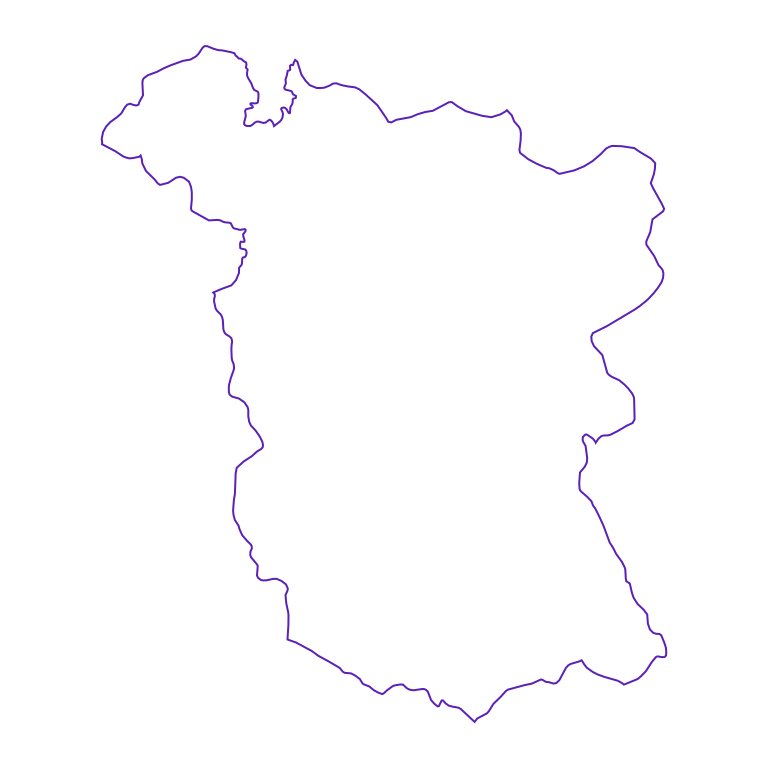 outline of Hoang Su Phi, Hà Giang, Vietnam
{"feature_id": "81297802B55460345655510", "entity_name": "Hoang Su Phi", "entity_type": "district", "adm_level": 2, "iso_a3": "VNM", "parent_name": "Vietnam", "parent_adm1": "Hà Giang", "projection": "mercator", "projection_center": [104.663, 22.693], "detail": "fine", "context": "isolated", "style": "outline", "palette": "violet", "viewbox_px": 768, "rotation_deg": 0, "n_neighbors": 0, "source": "geoboundaries", "source_scale": "gbopen_adm2", "svg_char_len": 6053}
<svg xmlns="http://www.w3.org/2000/svg" viewBox="0 0 768 768"><path d="M609.6,542.3L603.7,526.3L599.6,517.2L595.3,508.6L593.1,505.6L591.4,501.2L587.0,496.6L581.6,492.0L580.2,490.5L579.6,489.0L579.2,483.5L580.0,472.4L584.8,466.7L586.8,462.6L587.2,458.2L585.6,446.0L583.1,441.6L582.6,439.6L582.9,436.9L585.4,434.5L587.1,434.7L592.9,438.6L595.4,441.8L595.7,442.7L598.3,438.9L601.4,436.1L603.6,435.5L608.0,435.4L610.9,434.5L617.6,431.1L626.6,425.8L632.6,423.0L634.6,419.3L634.1,398.7L633.6,396.5L632.0,393.3L628.0,388.2L624.5,384.6L619.0,380.1L611.9,376.9L609.0,374.9L607.3,373.0L602.3,355.0L594.0,346.2L591.7,341.2L591.3,336.5L592.9,333.1L607.1,326.0L634.6,309.6L640.1,305.8L647.8,299.5L653.6,293.3L657.8,288.0L661.6,282.1L663.1,277.7L663.4,273.3L662.7,270.3L661.5,268.4L658.5,265.1L654.3,256.2L646.4,244.7L646.2,241.7L650.2,232.2L652.5,219.3L663.1,211.3L664.1,208.8L661.9,204.0L653.1,188.2L650.8,183.2L653.8,174.5L654.9,168.8L655.2,163.1L650.9,158.5L640.1,152.1L634.3,148.1L621.5,146.2L612.3,145.9L609.8,146.6L606.2,148.5L600.3,154.5L592.4,161.2L584.1,166.3L574.3,170.4L559.7,173.8L558.0,173.3L553.6,170.2L549.4,168.3L546.1,167.8L537.2,164.0L528.4,159.3L520.1,152.9L519.4,150.1L520.6,140.7L520.9,133.8L520.4,129.9L519.0,127.0L514.2,121.4L511.8,115.4L506.9,110.2L505.6,111.4L500.4,114.4L491.4,117.2L482.1,115.8L465.9,111.2L457.7,106.4L451.8,102.1L449.0,102.2L432.8,110.8L425.3,112.0L417.7,114.2L410.9,117.1L396.4,119.8L391.3,122.4L388.3,121.8L385.9,117.6L377.4,105.2L365.8,94.6L359.4,89.4L355.2,87.4L347.7,86.4L341.4,85.1L336.4,83.3L333.0,83.6L329.6,85.6L324.6,87.6L321.4,88.0L316.8,88.0L309.8,85.2L305.6,80.8L301.4,74.6L297.4,61.8L295.2,59.9L293.9,62.2L293.0,65.1L291.2,64.8L290.0,65.8L290.2,69.4L289.9,70.1L287.7,70.9L286.8,75.6L285.5,79.5L285.9,83.3L284.3,87.4L284.5,88.7L285.4,89.6L290.7,90.9L291.9,91.6L292.9,94.2L296.1,96.1L295.7,98.0L293.2,98.7L292.7,99.5L292.7,102.5L292.1,104.3L290.4,107.2L290.0,112.9L289.2,113.2L288.4,112.5L286.5,109.1L285.2,108.0L283.9,107.5L281.8,107.9L281.1,109.0L282.5,112.1L283.0,114.2L282.5,117.5L281.3,119.9L279.6,121.8L274.0,126.1L273.3,123.6L272.5,122.3L271.3,120.6L269.5,119.7L265.7,122.5L263.6,123.0L258.7,121.6L256.9,121.6L254.8,122.6L252.6,124.6L250.1,126.1L246.5,125.9L244.9,125.1L244.2,124.2L244.1,122.7L245.8,116.0L245.1,110.8L246.1,109.2L252.1,107.8L252.8,107.3L252.5,106.0L250.5,104.5L250.5,103.6L251.0,103.2L255.1,103.4L256.6,103.2L257.5,102.7L258.0,101.9L258.5,96.3L258.4,93.3L257.8,91.7L254.2,89.9L253.0,87.9L251.3,83.3L248.2,78.2L247.1,75.7L247.0,73.2L247.6,69.5L245.9,67.6L246.5,64.3L246.0,62.4L243.7,61.1L241.2,58.8L238.5,58.4L237.3,56.8L235.6,55.6L234.5,53.3L231.1,52.2L222.2,50.4L218.2,50.1L213.4,48.7L207.0,46.1L204.6,46.1L202.6,47.7L198.5,53.9L195.9,56.5L190.3,59.6L183.1,60.8L170.9,65.2L163.5,68.4L157.1,71.8L147.9,75.2L143.7,78.3L142.7,80.3L142.4,82.9L143.0,95.3L139.4,101.9L138.5,104.7L136.3,105.5L133.3,104.9L130.1,103.7L127.1,104.7L125.2,106.9L121.2,113.5L117.4,116.9L110.4,122.0L106.1,126.6L103.1,132.0L101.7,138.9L102.2,142.6L102.0,144.2L115.5,151.3L123.3,156.5L125.6,157.4L129.4,158.4L133.3,158.0L139.4,156.7L140.6,155.5L141.8,159.1L142.3,163.4L146.0,171.0L154.5,179.3L157.7,183.3L160.0,184.9L168.3,182.8L176.0,177.7L180.2,176.8L183.9,177.8L189.1,181.8L191.0,186.9L191.8,192.0L191.8,199.7L191.0,208.2L191.3,209.9L192.4,211.2L208.9,220.4L218.1,219.9L220.1,220.3L222.9,221.7L225.4,222.4L229.4,222.7L230.9,223.4L232.8,227.3L233.8,228.3L240.0,229.9L244.7,229.1L245.6,229.9L245.4,231.4L243.1,234.4L243.3,236.4L244.5,240.1L244.4,241.6L244.0,241.9L240.7,241.7L240.1,243.5L240.1,246.8L240.3,248.1L241.5,248.7L245.0,249.4L246.1,250.4L246.6,252.6L246.4,254.3L245.7,256.1L244.9,257.0L242.7,257.6L242.2,258.7L242.0,263.2L241.5,265.0L239.1,267.7L239.0,272.9L236.0,280.1L231.3,285.4L221.4,289.0L213.2,292.5L214.6,294.0L214.8,294.8L214.8,296.5L214.1,299.0L214.1,301.5L215.6,308.5L216.9,310.6L221.1,314.9L222.2,317.4L222.8,319.9L223.4,329.5L224.4,332.3L225.6,334.0L229.6,336.5L231.4,338.3L231.9,340.2L232.1,342.1L231.6,344.8L231.4,349.4L231.7,357.9L232.2,360.6L233.5,363.7L234.1,367.2L233.9,369.3L230.7,378.5L229.1,384.7L228.8,387.4L228.9,392.3L229.7,394.7L232.3,396.7L238.9,398.5L244.4,402.3L246.4,405.3L247.5,406.9L248.3,409.7L248.3,416.5L249.2,421.7L250.8,425.4L255.4,430.3L259.8,436.6L262.4,441.9L263.0,445.0L262.7,447.2L261.3,448.9L256.9,451.6L251.8,456.2L243.9,461.3L236.7,467.8L235.7,473.1L234.9,493.8L233.9,500.1L233.1,510.4L233.5,514.8L234.8,519.9L238.5,525.6L239.5,529.2L242.2,535.2L247.0,540.8L250.9,544.6L251.7,546.4L251.9,548.3L250.4,551.8L250.3,555.3L251.1,557.3L257.4,564.9L257.7,566.5L257.0,575.5L258.0,577.7L260.6,579.8L262.5,580.4L266.4,580.3L273.1,578.9L276.5,578.8L281.4,580.9L286.0,584.4L287.8,588.6L287.4,590.9L285.5,595.1L286.3,603.4L288.2,612.3L288.5,615.1L288.4,625.0L287.5,639.5L296.0,642.5L311.8,651.0L318.3,655.8L328.6,661.4L339.7,667.9L342.8,671.7L344.6,672.8L351.1,673.4L355.1,675.5L359.8,679.0L362.5,683.4L363.7,684.3L369.2,686.4L374.0,690.3L378.2,692.6L382.3,694.1L383.9,693.2L387.2,690.2L392.2,686.5L394.2,685.5L400.0,684.5L403.0,684.6L406.8,688.2L409.7,689.7L413.5,690.3L422.2,689.0L424.4,689.1L426.3,690.1L427.8,691.6L431.1,700.1L434.4,703.8L436.7,705.7L437.9,706.4L438.9,706.1L441.5,700.8L442.0,700.3L443.3,700.7L445.4,703.2L448.7,705.6L452.7,706.7L458.6,707.7L460.9,709.1L474.6,721.9L477.2,718.5L487.0,713.3L488.8,711.3L493.4,703.9L501.0,696.5L505.9,691.0L508.0,689.6L524.7,685.1L531.6,683.7L541.0,679.5L542.4,679.8L546.0,681.9L548.6,682.1L553.7,683.6L556.4,683.0L559.4,680.1L566.0,667.8L568.3,665.3L570.5,664.0L579.6,661.3L581.7,660.3L584.3,664.5L586.8,667.7L592.8,672.0L598.0,674.6L604.7,677.0L617.7,680.7L621.7,682.9L624.0,684.6L637.7,679.0L640.8,676.4L645.9,671.2L651.9,661.9L656.1,656.9L657.5,656.4L662.7,657.2L664.7,656.9L666.0,655.5L666.3,652.4L665.9,647.7L664.2,642.4L661.3,635.4L659.5,634.0L655.8,633.7L653.2,632.8L649.9,629.4L647.9,623.7L647.2,614.4L643.7,609.8L637.6,604.0L633.6,597.7L631.9,592.7L629.8,583.5L626.3,581.2L625.8,578.7L625.3,569.4L624.5,566.9L621.8,561.7L616.2,554.0L613.5,548.6L609.6,542.3Z" fill="none" stroke="#5b21b6" stroke-width="2"/></svg>